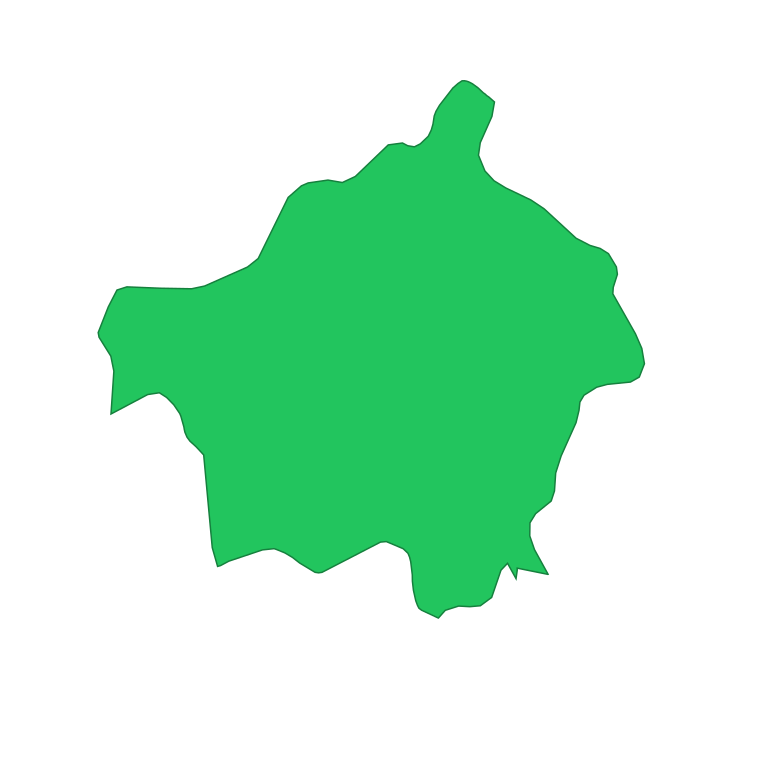 SVG path tracing the border of Chiquimula, rotated 335°
{"feature_id": "GTM-1960", "entity_name": "Chiquimula", "entity_type": "Department", "adm_level": 1, "iso_a3": "GTM", "parent_name": "Guatemala", "parent_adm1": "", "projection": "mercator", "projection_center": [-89.408, 14.682], "detail": "fine", "context": "isolated", "style": "filled", "palette": "green", "viewbox_px": 768, "rotation_deg": 335, "n_neighbors": 0, "source": "natural_earth", "source_scale": "10m", "svg_char_len": 1803}
<svg xmlns="http://www.w3.org/2000/svg" viewBox="0 0 768 768"><g transform="rotate(335 384 384)"><path d="M452.3,625.8L452.1,625.8L426.9,607.2L425.9,609.3L421.4,616.2L420.2,598.7L411.3,602.2L391.4,622.9L377.6,625.7L367.7,622.1L357.8,616.8L343.9,615.0L334.4,619.1L334.0,618.7L322.6,605.1L321.6,603.3L320.9,601.9L320.8,598.7L321.2,593.8L323.5,583.4L326.4,574.7L329.0,568.9L333.1,556.4L334.0,551.7L334.2,547.6L331.8,541.4L319.5,527.8L314.0,525.8L248.2,528.5L244.9,527.5L241.9,525.5L231.9,510.6L227.7,502.4L222.7,495.1L216.6,488.5L214.8,486.8L203.8,483.0L168.5,479.0L159.1,479.5L156.1,479.0L159.2,459.7L190.6,372.1L187.2,361.5L184.0,353.9L183.0,348.9L183.2,343.5L183.8,340.8L184.5,338.3L186.3,327.3L186.4,324.4L184.7,314.0L181.3,304.3L176.7,297.0L165.4,293.7L123.9,295.8L144.6,258.2L148.2,243.3L145.5,221.2L146.7,216.6L166.7,197.6L181.7,186.0L192.0,187.3L221.8,202.7L249.9,216.4L262.8,219.4L309.7,220.3L323.0,217.1L376.0,174.4L392.9,169.5L400.2,169.7L419.4,175.5L431.4,183.8L445.7,183.8L488.9,169.1L502.6,173.4L506.2,178.1L511.8,181.9L518.4,181.7L528.8,178.2L534.2,173.8L538.2,169.2L542.8,162.3L546.4,158.8L552.2,154.8L571.6,144.8L578.2,142.9L582.9,142.2L585.1,143.2L586.8,144.4L588.3,145.8L589.7,147.5L591.1,149.4L594.5,155.6L597.0,162.0L598.2,164.0L599.0,166.1L600.3,168.2L603.0,174.4L603.3,175.1L594.9,187.1L573.2,206.0L566.3,216.6L565.5,233.6L569.6,246.3L577.3,257.9L594.9,279.3L603.2,293.0L619.7,333.1L629.2,345.4L637.2,352.5L641.0,358.4L642.5,360.7L644.1,376.1L641.9,383.2L632.6,393.3L629.5,399.0L633.1,444.7L632.7,460.7L628.6,475.7L618.3,485.6L608.2,486.4L586.2,478.7L575.4,476.8L560.5,478.7L553.9,483.2L549.6,490.3L541.7,500.2L514.2,524.0L502.0,537.2L493.3,553.0L486.1,560.7L466.6,565.6L457.6,571.5L451.9,583.3L450.4,597.7L452.3,625.8Z" fill="#22c55e" stroke="#15803d" stroke-width="1.5"/></g></svg>